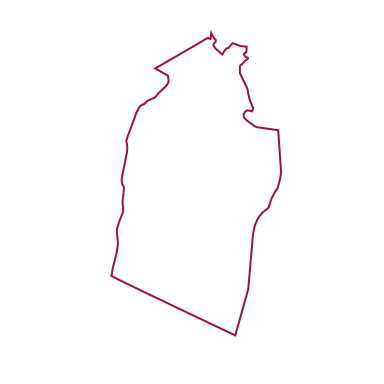 SVG path tracing the border of An-Najaf, rotated 346°
{"feature_id": "IRQ-3061", "entity_name": "An-Najaf", "entity_type": "Province", "adm_level": 1, "iso_a3": "IRQ", "parent_name": "Iraq", "parent_adm1": "", "projection": "orthographic", "projection_center": [43.942, 31.079], "detail": "fine", "context": "isolated", "style": "outline", "palette": "rose", "viewbox_px": 384, "rotation_deg": 346, "n_neighbors": 0, "source": "natural_earth", "source_scale": "10m", "svg_char_len": 1761}
<svg xmlns="http://www.w3.org/2000/svg" viewBox="0 0 384 384"><g transform="rotate(346 192 192)"><path d="M199.3,341.6L194.3,337.5L182.6,327.9L170.9,318.3L159.2,308.7L147.5,299.1L138.6,291.7L129.6,284.3L120.7,276.9L111.8,269.5L101.1,260.6L93.4,253.8L94.2,252.6L96.9,246.3L103.6,234.0L106.7,226.8L108.0,222.6L109.4,212.2L109.7,211.1L110.5,209.3L114.1,203.3L119.8,195.3L120.6,193.7L121.3,191.2L122.0,185.4L122.4,184.0L126.4,173.5L126.9,170.9L126.8,169.2L126.4,168.3L126.2,167.3L126.3,165.8L126.6,163.7L127.5,160.9L138.4,137.9L139.9,133.6L140.5,130.2L140.6,126.5L142.1,123.9L157.9,100.7L160.8,97.6L162.6,96.1L164.3,95.4L166.4,95.2L167.1,95.0L170.1,93.1L171.3,92.6L177.7,91.6L179.3,91.0L180.7,90.1L183.3,88.1L192.6,82.9L194.3,81.3L196.1,79.1L196.6,75.6L196.7,73.3L186.2,63.2L232.8,49.8L242.2,46.9L244.8,46.5L246.0,47.6L246.8,48.1L247.3,47.5L247.7,46.1L247.9,45.4L249.1,42.4L250.5,48.1L251.2,49.2L251.8,49.9L251.4,51.9L249.0,53.3L248.3,54.4L248.4,55.7L249.2,57.9L251.2,61.0L251.8,61.7L252.6,62.9L253.1,63.9L254.6,65.9L258.1,62.5L260.2,61.1L260.7,61.1L261.5,60.9L262.3,61.0L267.2,57.4L269.9,58.9L272.1,60.7L275.1,62.4L280.2,64.1L278.8,68.8L278.5,69.3L278.0,69.8L277.6,69.8L276.9,70.0L275.9,70.6L275.7,71.2L275.7,71.9L276.1,72.7L276.5,73.5L277.1,74.1L278.0,74.8L278.6,75.5L278.6,76.1L278.1,76.4L275.2,77.5L271.6,80.0L269.6,80.8L268.8,82.0L268.0,84.9L267.3,88.6L270.8,105.3L270.4,109.2L270.3,116.6L271.7,125.4L269.8,128.3L268.1,127.3L265.3,126.2L263.2,126.7L260.9,129.3L260.4,132.1L262.6,136.0L269.2,143.8L271.1,145.0L290.6,152.9L283.2,194.6L280.8,200.3L276.0,208.9L271.3,213.3L267.4,217.9L262.5,225.7L261.8,226.2L255.7,228.8L250.7,232.5L249.1,234.1L244.9,239.6L241.3,246.8L223.1,299.8L200.6,339.3L199.3,341.6Z" fill="none" stroke="#9f1239" stroke-width="2"/></g></svg>